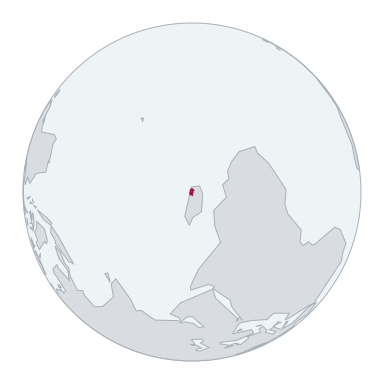 the Earth from above Atsimo-Atsinanana, rotated 174°
{"feature_id": "MDG-5867", "entity_name": "Atsimo-Atsinanana", "entity_type": "Autonomous Province", "adm_level": 1, "iso_a3": "MDG", "parent_name": "Madagascar", "parent_adm1": "", "projection": "orthographic", "projection_center": [47.076, -23.231], "detail": "fine", "context": "on_globe", "style": "filled", "palette": "rose", "viewbox_px": 384, "rotation_deg": 174, "n_neighbors": 0, "source": "natural_earth", "source_scale": "10m", "svg_char_len": 6552}
<svg xmlns="http://www.w3.org/2000/svg" viewBox="0 0 384 384"><g transform="rotate(174 192 192)"><circle cx="192" cy="192" r="169" fill="#eef3f6" stroke="#a8b0b8"/><path d="M23.2,198.9L23.5,196.4L25.3,197.9L26.7,207.4L27.9,222.3L35.4,247.9L39.2,262.3L44.6,272.6L55.1,290.1L56.9,293.4L60.8,298.0L65.5,303.7L67.9,306.6L72.1,311.0L73.8,312.8L65.1,303.5L57.0,293.6L49.7,283.1L43.3,272.1L37.6,260.7L32.9,248.8L29.0,236.6L26.1,224.2L24.2,211.6L23.2,198.9ZM74.2,313.1L75.5,314.2L84.2,322.1L88.2,325.0L96.1,330.8L98.6,332.3L99.5,333.0L101.9,334.7L104.0,335.9L104.3,336.4L102.4,335.2L92.5,328.5L83.0,321.1L74.2,313.1ZM105.7,336.2L105.2,336.9L104.6,336.2L99.6,332.9L101.6,333.2L105.7,336.2ZM92.9,327.0L89.8,324.1L90.4,324.2L92.7,326.3L92.9,327.0ZM159.5,26.2L154.2,27.3L151.5,28.1L152.1,28.2L143.2,31.3L138.1,32.9L140.7,31.1L133.8,33.4L136.0,32.6L147.6,29.0L159.5,26.2ZM183.0,23.3L181.6,23.4L178.6,23.6L183.0,23.3ZM176.4,23.8L179.0,23.7L179.8,23.5L182.5,23.4L186.1,23.1L188.3,23.1L188.2,23.1L191.1,23.0L191.5,23.0L204.1,23.5L216.6,24.8L229.0,27.2L241.2,30.4L253.2,34.5L264.7,39.5L275.9,45.4L286.6,52.0L296.8,59.5L306.4,67.7L315.4,76.6L323.6,86.1L323.8,86.3L328.8,92.8L331.2,96.2L335.5,103.0L337.2,109.7L333.0,107.9L333.6,110.0L329.9,105.0L328.0,107.0L337.5,125.8L338.3,130.1L333.8,133.9L333.1,130.5L323.3,117.0L323.7,126.7L331.2,139.8L333.9,152.4L329.1,145.7L326.1,134.7L322.6,129.6L321.9,120.7L316.0,105.9L311.0,105.5L309.9,100.5L300.9,88.0L292.8,87.5L281.1,95.9L282.0,109.0L276.8,113.6L264.4,91.9L259.9,79.5L254.7,79.5L242.4,68.5L219.3,65.5L216.6,62.7L212.1,63.6L203.6,60.7L199.7,56.5L194.3,56.7L204.7,68.1L210.6,68.2L216.4,64.1L218.1,68.4L226.4,72.9L215.0,83.0L181.7,93.1L179.5,83.6L159.9,61.5L161.1,59.1L161.0,58.8L160.9,58.4L157.9,62.5L154.9,58.8L164.2,73.0L165.3,80.2L181.2,93.7L179.4,95.4L184.9,98.4L203.6,94.6L203.5,98.0L194.0,114.1L168.9,138.9L172.9,156.0L172.3,171.5L158.2,183.3L160.9,195.9L153.9,201.3L154.5,208.8L149.7,217.7L141.1,227.2L124.8,230.7L122.6,223.8L112.6,212.3L98.2,184.5L100.9,170.0L99.0,160.4L87.4,142.7L89.8,130.7L87.0,127.2L81.1,130.4L78.0,126.4L74.5,127.7L53.9,142.1L48.5,139.2L44.3,125.0L48.6,115.2L51.0,107.1L82.5,68.7L87.4,67.0L110.1,55.8L112.6,55.6L108.0,61.3L123.5,62.9L130.8,57.3L146.8,58.0L158.7,56.5L166.3,46.8L146.9,48.9L145.5,45.3L162.6,39.9L179.8,39.4L179.8,38.0L170.5,35.6L176.1,33.2L167.5,34.8L169.8,35.8L164.4,37.1L162.0,36.3L164.1,35.3L159.4,35.3L150.7,40.7L152.1,42.3L138.6,45.4L139.7,48.6L135.4,51.1L132.1,46.6L133.7,44.6L126.2,42.2L123.3,44.5L130.2,47.1L127.3,47.5L123.5,51.4L124.1,48.7L117.3,46.0L106.3,50.9L89.4,64.4L83.6,68.0L80.0,69.0L89.0,59.1L101.1,52.3L104.4,49.5L104.5,48.1L108.1,46.4L109.6,45.2L114.4,43.0L123.6,38.3L128.9,36.3L134.8,33.3L138.3,32.1L133.8,34.1L133.4,34.7L146.7,31.3L150.0,30.3L152.8,28.8L156.1,28.3L157.2,27.4L166.0,25.8L156.1,27.2L159.1,26.3L165.7,25.1L176.4,23.8ZM69.7,84.2L68.3,86.7L69.7,84.2ZM197.0,44.5L208.0,45.4L205.0,40.3L209.0,40.4L206.5,38.8L204.7,39.9L198.9,36.0L204.4,35.1L204.0,33.4L200.3,33.1L191.2,35.5L199.5,40.9L196.1,42.8L197.0,44.5ZM114.0,42.1L111.0,43.8L104.8,47.3L114.0,42.1ZM120.1,39.1L119.4,39.4L119.2,40.1L116.5,41.7L105.7,47.0L110.7,44.2L109.6,44.6L115.9,41.2L117.7,40.3L120.1,39.1ZM116.7,52.9L118.9,52.5L122.5,51.3L120.2,54.0L116.7,52.9ZM111.8,51.1L114.0,50.1L112.4,52.9L110.2,53.6L111.8,51.1ZM116.5,47.5L114.2,49.9L114.1,49.0L116.5,47.5ZM135.9,33.4L138.4,32.6L138.1,32.8L136.2,33.7L135.9,33.4ZM162.3,48.6L158.1,50.7L156.6,50.0L158.4,49.4L162.3,48.6ZM137.6,51.7L142.6,51.9L136.9,52.5L137.6,51.7ZM233.6,267.6L235.0,270.8L232.3,270.5L233.6,267.6ZM201.7,168.6L192.1,197.0L183.9,197.3L181.6,188.7L184.6,171.4L193.8,166.6L198.1,159.3L201.7,168.6ZM350.4,197.4L351.7,200.5L351.5,201.1L350.4,197.4ZM349.1,192.3L350.9,195.2L348.5,193.5L349.1,192.3ZM351.5,196.4L353.4,197.7L354.2,197.7L353.8,199.1L351.5,196.4ZM347.7,190.6L338.7,181.2L334.7,175.7L336.0,173.8L342.5,180.1L347.7,190.6ZM335.7,173.4L329.1,160.8L317.4,133.0L321.7,135.5L333.3,155.2L332.7,157.0L336.7,166.0L335.7,173.4ZM350.2,172.7L349.4,179.1L344.8,173.3L342.5,169.9L341.0,159.5L341.9,155.9L343.9,157.9L349.7,150.7L352.1,157.0L350.8,160.7L352.6,168.9L350.2,172.7ZM282.8,110.5L287.2,119.9L284.2,120.4L282.8,110.5ZM350.5,144.0L349.2,147.0L349.9,141.7L350.5,144.0ZM350.1,138.2L350.9,141.4L349.3,137.2L350.1,138.2ZM334.9,113.9L332.9,112.6L332.1,110.6L334.3,111.0L334.9,113.9ZM339.1,109.5L341.8,115.0L342.4,116.5L340.1,112.1L339.1,109.5ZM313.0,306.5L318.9,300.0L317.3,303.4L312.9,307.4L313.0,306.5ZM330.9,288.2L322.8,298.2L321.5,298.1L324.0,294.6L322.8,295.2L324.8,290.9L331.4,280.8L330.0,281.4L333.9,277.1L330.6,279.8L334.1,272.9L335.3,267.4L322.7,263.4L321.5,258.6L325.2,254.3L330.9,236.3L331.6,237.6L335.4,227.0L344.8,226.8L352.5,217.4L353.8,223.8L357.2,216.6L357.3,223.2L355.1,230.4L352.7,242.7L356.8,229.3L353.4,241.8L349.2,254.0L344.0,265.9L337.9,277.3L330.9,288.2ZM353.6,204.2L356.0,202.0L356.7,203.5L353.6,204.2ZM358.5,220.9L359.1,215.3L359.5,213.6L360.2,207.6L360.1,198.4L360.1,193.7L360.5,194.1L359.8,186.9L360.7,190.5L360.6,199.2L360.9,197.0L360.9,197.8L358.5,220.9ZM359.8,205.2L359.8,206.1L359.5,207.3L359.8,205.2ZM358.1,188.8L357.9,190.5L357.6,187.8L358.1,188.8ZM358.7,189.4L359.6,195.2L358.5,190.6L358.7,189.4ZM353.7,172.0L354.3,177.3L356.1,177.8L354.7,179.3L355.5,188.7L354.8,190.7L354.2,180.7L353.1,188.0L352.2,186.4L352.2,178.7L353.4,171.8L354.2,169.9L357.3,174.5L353.7,172.0ZM358.9,184.0L358.5,178.1L358.7,175.5L359.1,179.2L358.9,184.0ZM356.7,163.5L354.8,155.5L353.8,155.3L355.1,152.4L356.8,160.5L356.7,163.5ZM353.9,149.4L353.1,149.1L353.5,147.1L353.9,149.4ZM352.4,146.8L351.6,142.9L352.6,145.1L352.4,146.8ZM354.5,150.7L353.4,144.9L354.6,149.4L354.5,150.7ZM349.1,134.2L352.7,143.7L349.3,136.5L345.7,124.9L346.9,126.6L349.1,134.2Z" fill="#d9dde1" stroke="#a8b0b8" stroke-width="1"/><path d="M194.2,190.1L194.1,190.6L194.1,190.8L194.1,191.0L194.0,191.4L193.9,191.6L193.8,192.1L193.5,193.1L193.4,193.0L193.5,193.1L193.3,193.8L193.2,194.2L193.1,194.3L193.0,194.5L192.9,194.6L192.5,194.3L192.4,194.3L192.2,194.2L192.1,194.3L192.1,194.5L191.9,194.5L191.9,194.8L191.8,195.0L191.7,195.1L191.5,194.9L191.4,194.6L191.2,194.6L191.1,194.4L191.0,194.2L190.9,194.2L190.7,194.1L190.4,193.9L190.2,193.8L190.2,193.7L190.3,193.5L190.3,193.4L190.9,193.4L191.2,193.4L191.4,193.1L191.4,192.6L191.4,192.0L191.3,191.5L191.3,191.3L191.6,191.3L191.9,191.4L192.1,191.6L192.3,191.6L192.3,191.4L192.3,191.0L192.3,190.6L192.1,190.1L191.9,189.4L191.8,189.2L192.0,188.9L192.1,189.1L192.5,189.3L192.8,189.4L193.1,189.4L193.2,189.7L193.6,189.9L193.9,189.9L194.2,190.1Z" fill="#f43f5e" stroke="#9f1239" stroke-width="1.5"/></g></svg>